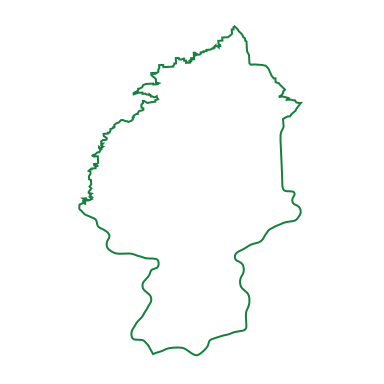 the district of Restauración, Dajabón, Dominican Republic, rotated 87°
{"feature_id": "3306468B11586418732368", "entity_name": "Restauración", "entity_type": "district", "adm_level": 2, "iso_a3": "DOM", "parent_name": "Dominican Republic", "parent_adm1": "Dajabón", "projection": "equal_earth", "projection_center": [-71.654, 19.301], "detail": "fine", "context": "isolated", "style": "outline", "palette": "green", "viewbox_px": 384, "rotation_deg": 87, "n_neighbors": 0, "source": "geoboundaries", "source_scale": "gbopen_adm2", "svg_char_len": 5950}
<svg xmlns="http://www.w3.org/2000/svg" viewBox="0 0 384 384"><g transform="rotate(87 192 192)"><path d="M311.0,142.4L308.1,141.1L305.6,140.5L302.0,140.3L300.3,140.4L298.5,140.7L296.9,141.3L295.5,142.3L291.7,146.2L290.3,147.3L288.8,148.2L286.2,148.7L283.6,148.7L281.0,148.1L279.5,147.4L276.2,145.3L274.6,144.7L272.0,144.3L269.3,144.5L267.7,145.0L266.9,145.4L265.7,146.4L264.3,148.2L262.8,150.9L261.8,151.9L260.4,152.5L259.0,152.6L257.5,152.3L256.8,152.0L255.5,151.0L254.0,149.0L253.3,147.3L251.9,143.9L248.1,137.0L247.1,134.3L246.0,128.6L245.7,127.7L244.9,126.1L243.9,124.8L242.8,123.7L239.4,121.6L234.6,117.9L234.1,117.4L233.2,116.0L230.3,109.8L229.1,106.1L227.5,101.9L226.9,98.9L226.3,92.6L225.9,90.7L225.5,89.9L224.5,88.6L221.6,86.2L220.3,85.3L218.9,84.7L217.3,84.5L215.7,84.5L214.2,85.0L213.4,85.3L212.2,86.3L211.2,87.5L209.7,90.1L208.8,91.3L208.2,91.7L206.9,92.2L205.5,92.3L204.0,92.0L202.8,91.4L201.1,90.3L200.0,89.7L198.7,89.7L198.1,89.9L197.5,90.3L197.0,91.0L196.8,91.8L196.5,93.5L196.2,97.1L195.8,98.8L195.3,99.6L194.7,100.3L193.3,101.0L190.8,101.4L175.2,101.1L144.7,100.9L140.1,100.6L138.4,100.3L136.7,99.8L132.7,97.5L131.4,97.1L123.8,97.3L123.4,96.4L122.9,95.5L121.6,92.6L121.6,90.2L119.4,88.5L116.3,84.4L114.1,83.2L108.8,78.6L108.8,80.3L108.0,83.2L105.8,84.4L105.8,85.6L104.9,88.5L104.9,92.5L104.7,92.4L103.3,90.6L103.1,91.0L101.3,96.6L101.7,99.5L101.0,99.6L99.9,97.4L97.8,95.8L96.6,95.8L94.6,93.8L89.3,98.7L88.0,99.4L87.3,101.5L86.6,102.8L82.8,102.7L82.9,104.4L79.9,106.5L72.6,109.3L69.7,111.9L68.8,115.6L67.9,122.6L67.9,126.7L66.6,127.9L58.2,127.9L54.3,129.7L44.6,129.7L43.7,130.9L41.5,130.9L40.2,132.6L37.1,133.8L34.0,136.8L31.8,137.9L28.8,140.9L29.6,142.0L31.8,142.0L31.8,143.8L36.2,143.8L39.3,147.9L39.3,153.7L42.4,153.7L42.4,157.8L45.5,157.8L46.8,156.1L47.7,156.1L47.7,157.8L49.0,157.8L47.7,159.0L47.7,160.8L46.8,160.8L47.7,161.9L49.0,161.9L49.0,163.1L49.9,163.1L49.9,164.9L50.8,166.0L50.8,170.1L52.1,170.1L52.1,173.1L53.0,173.1L53.0,176.0L54.3,176.0L55.2,177.2L55.2,178.9L54.3,180.1L53.0,181.8L53.0,183.0L55.2,183.0L55.2,180.1L56.1,181.8L56.1,183.0L59.6,183.0L59.6,184.2L58.3,184.2L58.3,185.9L59.6,185.9L60.5,187.1L60.5,185.9L61.4,185.9L61.4,187.1L62.7,187.1L62.7,191.2L60.5,191.2L60.5,193.0L58.3,193.0L58.3,193.5L58.6,194.0L58.8,194.8L59.1,195.7L59.0,197.8L57.4,198.3L57.4,201.2L62.7,201.2L62.7,201.5L62.7,202.9L63.6,202.9L64.9,204.1L65.8,204.1L65.8,214.0L63.6,214.1L63.6,218.2L66.7,218.2L68.0,219.3L70.2,219.3L72.0,222.2L72.0,225.2L71.1,224.0L71.1,226.4L73.3,226.3L75.5,224.0L77.3,222.2L79.0,222.2L80.8,222.2L81.7,219.3L82.6,221.0L82.6,225.1L81.7,225.2L81.7,228.3L81.7,232.2L82.6,235.1L84.8,236.3L86.1,239.2L86.1,240.4L87.9,240.4L89.2,243.3L90.1,245.1L91.4,245.1L90.1,240.4L90.1,239.1L90.1,236.3L91.4,236.3L91.4,233.3L92.3,232.2L92.3,231.0L93.2,229.2L92.3,229.2L93.2,228.1L94.5,228.0L94.5,226.3L95.4,225.1L95.4,223.9L94.5,222.2L95.4,222.2L97.6,221.0L98.4,223.9L99.8,223.9L100.2,227.7L100.6,231.0L100.7,232.1L98.5,235.1L98.4,236.2L100.7,236.2L102.0,238.0L105.1,238.0L105.9,236.2L107.3,236.2L108.1,238.0L108.1,240.3L110.4,242.1L111.2,242.1L111.2,243.3L112.6,246.2L114.3,246.2L114.3,247.3L116.5,247.3L117.8,249.1L118.7,252.0L117.9,253.1L117.9,254.4L116.5,257.3L116.5,259.1L118.7,261.4L119.6,264.3L121.0,266.1L123.2,266.1L123.2,266.8L123.2,267.3L124.0,267.3L124.4,268.3L124.9,270.2L126.2,270.2L128.4,271.3L128.4,273.0L128.6,273.1L129.3,273.1L129.3,277.2L131.5,277.2L133.7,274.3L134.6,274.3L135.5,275.4L135.5,278.4L136.8,280.1L139.0,280.1L139.0,278.4L140.8,280.1L142.1,278.3L143.0,280.1L145.2,280.1L143.0,281.3L142.1,282.5L143.0,282.5L145.2,281.3L147.4,282.4L147.4,284.2L149.6,287.1L149.6,288.3L150.5,289.5L151.4,288.3L151.4,284.2L158.0,284.2L158.9,285.3L158.9,288.3L160.2,288.3L160.2,287.1L161.1,285.3L162.0,287.1L163.3,287.1L163.3,291.2L164.2,291.2L164.2,292.4L165.5,294.1L166.4,292.4L168.6,292.4L170.8,294.1L173.9,294.1L174.7,292.3L179.1,292.3L181.3,294.1L183.1,292.3L186.6,295.2L187.5,295.2L188.4,292.3L189.7,294.1L191.9,292.3L191.9,294.1L193.7,292.3L194.9,295.3L193.7,298.2L192.8,298.2L192.8,300.2L192.8,301.1L195.0,298.1L195.0,301.1L195.9,301.1L195.9,299.3L198.1,299.3L197.2,301.1L198.1,303.4L198.6,304.9L199.9,305.2L203.1,305.4L205.4,303.1L207.8,301.1L208.9,300.0L209.6,298.6L210.7,296.3L213.2,291.2L214.1,289.9L214.7,289.5L216.0,288.9L219.5,288.3L220.9,287.9L222.1,287.1L223.0,285.8L224.6,282.8L226.2,280.5L227.9,278.4L229.3,277.4L230.8,276.8L232.3,276.8L233.7,277.3L236.1,278.9L237.5,279.6L239.0,279.9L240.6,280.0L242.2,279.8L243.7,279.1L245.1,278.0L246.9,275.8L248.5,273.3L249.2,271.5L249.5,270.4L249.9,267.2L250.1,258.3L250.4,256.2L250.6,255.2L251.2,253.4L252.6,250.2L253.8,246.6L255.1,243.3L255.7,241.6L256.0,239.7L256.5,233.9L256.8,232.1L257.1,231.3L257.5,230.5L258.1,229.9L258.7,229.5L260.1,229.1L262.3,229.1L263.7,229.4L265.0,230.1L265.6,230.7L266.0,231.3L267.3,235.7L267.7,236.3L268.2,236.9L269.4,237.6L272.1,238.7L273.5,239.6L274.8,240.7L278.7,244.6L280.1,245.7L281.7,246.2L282.4,246.3L284.0,246.3L285.6,246.0L286.3,245.6L287.1,245.2L288.4,244.0L292.1,240.1L293.5,239.1L294.3,238.7L295.8,238.4L297.4,238.3L299.0,238.6L299.7,238.9L301.1,239.7L303.6,241.5L306.4,243.1L310.2,245.9L313.0,247.6L314.4,248.7L318.2,252.8L320.2,254.6L323.0,256.3L325.5,258.2L326.9,259.0L328.4,259.6L330.0,259.9L332.3,259.9L333.8,259.6L335.1,258.9L335.6,258.3L336.1,257.6L336.5,256.0L336.9,251.6L337.2,249.8L337.7,248.3L338.7,247.1L342.2,244.3L343.5,243.4L351.8,239.4L350.7,236.1L349.3,230.5L347.6,226.3L347.1,224.5L346.7,222.5L346.5,219.4L346.5,216.2L346.6,213.1L347.1,210.1L347.7,208.2L349.2,205.8L353.1,200.8L354.5,198.6L355.1,197.0L355.2,196.1L355.2,195.1L354.6,193.5L353.2,191.2L350.9,188.3L349.0,186.3L347.7,185.2L346.3,184.2L342.2,182.7L341.0,181.8L340.6,181.1L339.9,179.6L338.3,173.7L337.1,169.1L336.3,164.2L335.9,162.3L334.4,158.0L334.0,156.1L333.2,148.9L332.7,147.1L332.2,146.3L331.6,145.7L330.9,145.2L330.1,144.9L328.5,144.7L318.8,144.7L315.2,144.3L313.5,143.8L311.0,142.4Z" fill="none" stroke="#15803d" stroke-width="2"/></g></svg>